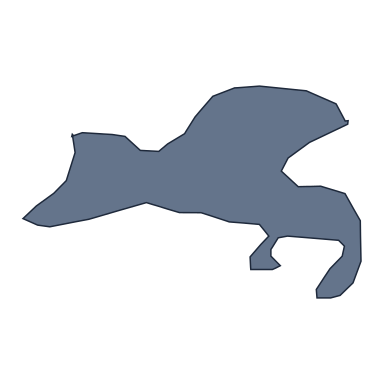 Gbor, Nimba, Liberia (Natural Earth projection)
{"feature_id": "62588387B71745180805277", "entity_name": "Gbor", "entity_type": "district", "adm_level": 2, "iso_a3": "LBR", "parent_name": "Liberia", "parent_adm1": "Nimba", "projection": "natural_earth1", "projection_center": [-8.695, 7.096], "detail": "fine", "context": "isolated", "style": "filled", "palette": "slate", "viewbox_px": 384, "rotation_deg": 0, "n_neighbors": 0, "source": "geoboundaries", "source_scale": "gbopen_adm2", "svg_char_len": 1283}
<svg xmlns="http://www.w3.org/2000/svg" viewBox="0 0 384 384"><path d="M348.1,120.7L345.2,121.0L336.1,103.9L311.0,92.9L306.3,90.8L294.2,89.6L259.5,86.1L242.4,87.4L237.0,87.8L234.6,87.9L212.8,96.3L200.0,111.1L195.1,116.9L186.4,130.7L184.6,133.7L167.7,143.9L161.7,148.9L158.8,151.4L140.3,150.4L125.0,136.4L112.1,134.5L103.3,134.0L100.5,133.8L82.3,132.7L73.6,135.7L72.3,134.3L71.8,136.4L72.6,136.1L74.0,145.2L75.1,152.6L66.3,180.6L58.9,188.1L53.8,193.3L36.3,206.0L23.0,218.6L37.6,225.1L49.8,226.8L75.9,221.7L88.7,219.3L91.9,218.4L120.6,210.0L146.4,202.6L153.3,204.7L157.1,205.8L167.7,209.1L179.5,212.6L200.5,212.7L201.1,212.7L211.1,215.9L226.9,221.1L229.2,221.9L243.3,223.0L259.4,224.4L264.2,230.3L268.8,236.1L260.9,244.4L250.1,256.9L250.6,267.2L250.8,269.5L272.4,269.5L275.6,268.1L280.3,265.7L270.9,256.1L270.9,249.4L272.0,247.8L278.2,237.8L287.5,236.1L303.7,237.4L338.6,240.3L343.7,245.4L344.4,246.2L342.2,256.2L330.0,268.7L324.6,276.8L316.3,289.5L317.0,297.9L330.7,297.9L340.1,295.4L347.5,288.2L353.0,282.9L361.0,261.2L360.5,236.3L360.3,220.7L353.9,209.5L345.0,193.6L325.9,187.8L320.7,186.2L309.8,186.5L306.9,186.5L298.2,186.7L281.3,171.1L288.1,158.0L298.0,150.8L309.5,142.4L315.6,139.5L346.2,124.9L347.7,124.2L348.1,120.7Z" fill="#64748b" stroke="#1e293b" stroke-width="1.5"/></svg>